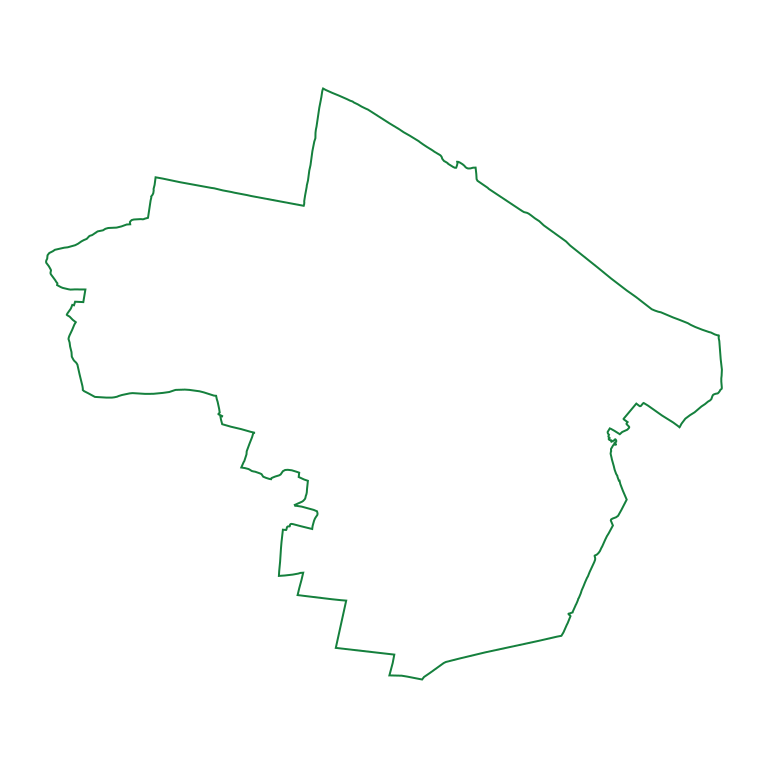 Balacita, Mehedinti, Romania
{"feature_id": "2599482B9762255986035", "entity_name": "Balacita", "entity_type": "district", "adm_level": 2, "iso_a3": "ROU", "parent_name": "Romania", "parent_adm1": "Mehedinti", "projection": "natural_earth1", "projection_center": [23.124, 44.377], "detail": "fine", "context": "isolated", "style": "outline", "palette": "green", "viewbox_px": 768, "rotation_deg": 0, "n_neighbors": 0, "source": "geoboundaries", "source_scale": "gbopen_adm2", "svg_char_len": 6050}
<svg xmlns="http://www.w3.org/2000/svg" viewBox="0 0 768 768"><path d="M561.4,635.8L563.5,632.3L566.8,624.8L567.6,623.3L570.5,616.1L570.1,615.5L568.7,614.4L568.5,613.9L568.8,613.6L569.8,613.4L572.6,612.4L572.6,612.0L575.4,605.8L575.6,605.2L576.1,604.4L577.2,601.9L578.1,599.6L578.2,598.9L578.9,597.8L580.7,593.5L581.7,590.3L583.3,586.7L585.1,582.2L587.0,577.9L587.9,576.4L589.6,572.1L594.2,562.2L595.1,559.8L595.2,558.2L594.6,555.9L594.7,555.6L596.7,554.7L597.5,554.0L598.6,552.9L599.9,551.1L601.7,547.2L602.0,546.9L605.3,539.5L606.9,536.2L608.7,533.3L612.9,525.5L610.8,520.5L611.1,519.5L612.5,518.6L616.0,517.3L618.1,515.8L621.3,510.1L626.7,499.6L622.9,490.8L620.3,484.0L619.5,480.6L618.9,480.7L617.9,478.0L617.4,476.6L617.4,476.0L616.1,473.8L614.6,469.6L613.8,466.2L611.8,459.1L611.7,458.4L610.6,453.7L610.9,451.7L611.2,451.0L611.0,450.3L611.0,449.0L613.2,445.2L614.0,444.6L615.6,444.7L616.0,444.5L616.0,444.3L614.9,443.8L614.4,443.2L616.2,441.7L616.2,440.4L615.6,439.5L615.2,439.3L614.6,439.7L614.0,440.5L611.4,441.7L611.2,441.4L611.2,440.4L609.5,440.0L608.8,439.3L608.7,438.9L609.0,438.4L609.6,438.0L609.5,437.7L608.6,437.0L608.4,436.5L608.6,435.6L609.0,434.8L608.0,433.6L607.7,432.7L607.7,431.9L609.8,428.4L611.2,429.0L614.4,430.8L619.8,434.2L622.2,432.0L627.3,429.7L628.9,428.0L629.2,427.4L629.2,427.0L628.8,426.4L626.8,424.4L626.5,423.9L626.6,423.4L627.6,422.1L623.7,419.3L623.6,418.8L636.3,403.6L639.6,406.1L640.0,406.2L640.8,406.0L643.1,403.3L643.7,403.0L648.0,405.6L662.0,415.5L673.2,422.5L676.9,425.2L679.1,426.9L679.5,427.3L679.7,427.1L681.5,423.7L685.3,418.7L690.1,415.1L694.6,412.3L701.4,406.5L705.0,404.1L708.0,401.6L710.2,400.3L711.4,399.0L712.2,396.6L712.7,395.5L713.2,394.8L713.9,394.4L715.5,393.8L717.7,393.4L718.5,392.7L719.6,391.3L720.4,389.8L721.5,389.0L721.8,388.2L721.8,387.3L721.3,381.6L721.3,379.5L721.3,378.3L721.6,375.8L721.9,369.7L720.7,359.2L719.3,341.0L718.7,338.3L718.7,336.1L718.9,335.9L718.6,335.3L717.6,335.3L714.7,334.4L710.9,332.5L709.2,332.1L702.2,329.7L695.3,327.0L690.6,324.8L687.9,323.2L679.1,319.7L673.2,317.5L660.9,312.3L658.2,311.7L654.7,310.5L651.7,309.2L636.1,297.1L626.9,290.6L611.1,278.5L597.9,267.7L570.1,245.5L566.0,241.4L543.8,225.4L539.3,221.2L535.0,218.4L531.0,215.3L528.6,213.6L526.9,212.8L524.0,212.1L522.1,211.0L488.8,188.9L487.7,187.8L477.5,180.8L476.6,179.1L476.3,174.0L475.6,167.6L473.0,167.7L470.5,168.4L468.1,168.5L466.5,167.9L465.4,167.0L464.3,165.7L462.5,164.2L459.6,162.4L458.0,161.8L457.2,161.8L457.5,163.3L457.0,165.3L456.2,167.7L455.0,167.8L453.2,167.0L448.1,163.8L447.6,163.1L445.5,161.8L444.0,161.0L442.2,158.7L441.8,157.3L441.4,156.5L440.4,155.3L434.5,151.8L432.4,150.3L427.2,147.1L423.4,144.6L419.7,142.0L418.9,141.3L409.8,135.7L403.6,132.2L399.0,129.1L389.4,123.3L367.8,109.5L365.7,108.6L361.6,106.6L357.7,104.3L353.9,102.5L352.6,101.5L350.2,100.7L346.9,99.1L338.7,95.5L332.3,92.9L325.6,89.9L323.1,88.5L322.7,89.5L322.2,91.5L321.3,97.5L321.0,98.8L320.8,100.1L319.3,107.7L316.5,126.7L315.9,129.5L315.5,132.8L315.4,138.2L314.3,141.5L312.4,151.1L310.5,165.1L309.3,170.5L308.0,180.4L306.8,185.5L306.7,186.8L305.1,195.4L304.2,201.2L304.3,202.6L304.1,204.5L303.7,205.8L251.1,196.0L247.1,195.1L234.4,192.7L231.4,192.0L222.8,190.4L214.2,188.3L211.3,187.9L180.0,182.2L162.8,178.6L155.6,177.3L154.6,184.9L153.6,188.8L153.6,189.8L153.7,190.3L153.3,193.1L152.6,194.7L151.2,196.5L151.3,196.7L151.3,197.6L150.6,200.5L148.0,217.8L144.4,218.8L143.9,219.1L142.8,219.3L140.8,219.1L133.9,219.5L131.9,220.0L131.1,220.6L130.3,221.5L129.9,222.1L130.2,224.3L126.7,224.5L121.5,226.4L116.6,227.6L108.2,228.0L105.4,228.8L103.0,230.3L97.6,231.4L92.1,235.1L89.9,235.8L89.3,236.1L86.7,238.9L83.8,240.1L81.4,241.4L78.1,243.7L75.2,245.2L67.7,247.3L64.2,247.7L54.9,249.8L52.9,251.2L49.3,253.0L47.7,255.0L47.5,255.5L47.2,258.7L46.5,260.0L46.1,261.2L46.2,262.7L48.9,266.3L50.7,269.5L51.0,270.3L50.5,272.8L50.6,273.7L51.1,274.6L55.3,280.3L56.1,281.7L57.4,283.3L57.1,285.1L61.0,287.2L62.7,287.9L68.6,289.3L70.5,289.6L74.9,289.4L85.4,289.5L83.3,302.1L75.1,301.7L74.0,305.3L72.3,304.9L71.1,308.0L70.7,308.8L67.3,313.6L66.8,314.8L67.3,315.3L69.6,316.6L72.7,319.8L75.8,322.2L74.4,324.5L72.1,330.0L69.5,335.5L68.8,337.4L68.5,339.0L69.6,342.5L70.1,346.5L71.5,352.1L71.8,356.7L73.4,359.7L74.1,360.7L76.2,362.7L77.4,364.6L79.6,374.5L82.4,385.9L82.8,388.4L82.8,390.0L84.0,391.1L88.3,393.3L94.9,396.9L106.4,397.6L111.9,397.6L114.3,397.3L117.1,396.7L118.7,396.0L122.0,395.0L129.6,393.4L132.5,393.1L145.5,393.9L153.4,393.8L162.9,392.9L169.3,392.0L174.6,390.2L175.8,389.9L184.9,389.6L189.4,389.9L199.6,391.3L203.9,392.4L213.9,395.6L216.1,395.8L216.8,399.2L217.6,401.7L219.2,409.1L219.5,411.3L219.7,412.2L219.7,412.6L218.5,413.8L218.5,414.3L222.9,416.4L220.4,416.4L221.0,419.7L222.2,424.2L230.9,426.7L241.1,429.1L250.6,431.8L254.9,432.8L253.8,433.0L253.1,433.7L252.1,437.1L249.5,443.7L246.7,451.3L246.5,454.3L244.3,461.1L243.6,462.2L241.3,467.5L245.0,468.1L248.4,469.0L249.6,469.6L251.8,471.0L253.8,471.5L255.1,471.7L259.7,473.3L261.5,474.1L263.2,476.7L266.1,477.9L269.3,478.9L271.1,479.2L271.5,478.1L272.6,477.6L275.3,476.5L279.0,475.4L280.6,474.5L282.9,471.2L285.1,470.0L287.8,469.8L291.8,470.3L296.7,471.8L299.2,472.7L298.7,477.0L304.1,479.5L307.9,480.8L307.0,489.3L306.8,492.3L306.4,494.3L305.8,495.9L305.4,497.8L305.1,498.7L304.5,499.5L303.2,500.9L302.0,501.7L294.8,504.9L295.2,505.8L296.3,505.8L301.6,506.6L313.7,509.9L317.0,511.3L317.5,513.2L317.5,514.1L317.3,515.0L315.5,517.6L314.7,519.1L314.0,520.9L312.6,526.0L312.2,529.0L300.8,526.2L292.9,524.1L291.4,523.9L290.6,524.1L290.1,524.6L289.8,526.1L289.6,526.4L288.0,526.4L287.3,526.8L286.9,527.5L286.4,529.6L286.1,530.0L282.9,529.7L281.5,542.2L281.0,548.0L280.1,561.7L279.2,571.1L278.9,575.9L284.7,575.5L292.7,574.6L298.2,573.6L300.5,572.9L303.2,572.7L301.5,579.9L299.2,588.4L297.6,595.1L331.6,599.2L341.1,600.2L346.2,600.6L335.8,647.9L394.3,654.6L392.7,663.0L389.4,675.4L401.7,675.7L407.2,676.6L422.1,679.5L424.0,677.0L430.0,672.9L443.6,663.1L445.8,662.0L459.2,658.6L485.5,652.3L537.5,641.1L557.2,636.6L561.4,635.8Z" fill="none" stroke="#15803d" stroke-width="2"/></svg>